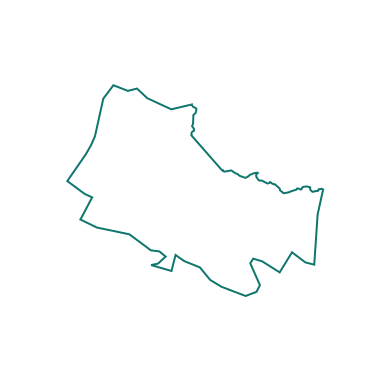 Tazewell, Virginia, United States of America, rotated 52°
{"feature_id": "52423323B83888441081601", "entity_name": "Tazewell", "entity_type": "district", "adm_level": 2, "iso_a3": "USA", "parent_name": "United States of America", "parent_adm1": "Virginia", "projection": "equal_earth", "projection_center": [-81.51, 37.135], "detail": "fine", "context": "isolated", "style": "outline", "palette": "teal", "viewbox_px": 384, "rotation_deg": 52, "n_neighbors": 0, "source": "geoboundaries", "source_scale": "gbopen_adm2", "svg_char_len": 1674}
<svg xmlns="http://www.w3.org/2000/svg" viewBox="0 0 384 384"><g transform="rotate(52 192 192)"><path d="M122.9,138.3L114.1,157.4L90.6,169.5L76.6,171.7L72.8,180.3L59.5,188.2L63.8,204.4L88.3,234.1L92.8,242.4L96.9,252.4L106.6,283.5L127.3,277.8L134.8,274.0L145.0,296.9L161.5,288.8L186.8,267.4L212.7,260.3L218.7,254.3L226.7,252.5L227.5,262.9L224.4,269.2L241.6,256.8L231.5,243.7L241.6,240.7L256.3,232.2L272.5,231.8L284.9,227.1L306.9,213.8L310.4,202.6L307.2,195.8L284.1,190.0L282.2,184.8L289.8,179.4L309.3,172.4L301.1,150.3L317.3,146.0L324.5,140.4L305.1,123.0L287.2,107.0L270.7,87.1L269.1,88.1L268.8,88.8L268.4,89.9L267.9,90.2L268.0,90.8L268.4,91.4L268.6,92.4L267.2,94.2L266.6,96.2L265.9,97.0L264.8,97.1L263.7,97.4L262.1,97.0L261.8,96.9L261.5,96.3L261.1,96.0L260.6,96.3L258.2,98.2L256.5,101.1L256.4,102.6L257.0,103.4L257.2,104.3L256.6,105.1L255.1,105.8L253.9,107.3L254.4,108.4L252.3,113.9L252.1,114.5L252.2,114.9L251.4,116.8L249.4,120.5L245.0,121.6L243.1,120.8L237.0,121.9L236.7,122.4L234.7,123.7L232.8,124.0L232.2,124.5L232.5,125.3L232.4,126.0L231.6,127.4L226.0,129.9L224.5,131.9L223.2,132.2L219.8,132.0L218.4,131.3L217.5,130.1L217.3,129.1L217.6,128.8L217.6,128.4L217.2,128.4L215.5,131.2L215.1,132.5L214.8,133.7L214.2,135.4L214.3,138.1L213.9,140.9L213.3,141.5L208.6,144.5L206.0,145.0L203.8,146.3L199.3,147.7L199.0,148.0L197.4,151.3L195.7,154.0L194.7,154.6L194.4,154.6L194.3,154.4L193.9,154.2L193.0,155.0L146.9,157.6L146.7,157.1L145.6,156.5L144.9,155.5L144.6,152.7L144.8,152.5L143.5,151.6L140.2,151.4L138.7,149.0L132.2,143.5L132.0,140.6L130.7,138.8L129.3,137.4L128.1,137.4L127.3,137.8L125.3,138.7L123.2,138.6L122.9,138.3Z" fill="none" stroke="#0f766e" stroke-width="2"/></g></svg>